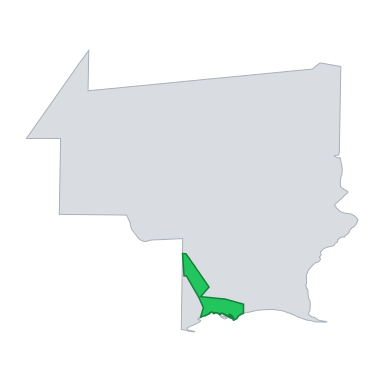 Chami, Inchiri, Mauritania shown in context, rotated 271°
{"feature_id": "47542326B60250303477597", "entity_name": "Chami", "entity_type": "district", "adm_level": 2, "iso_a3": "MRT", "parent_name": "Mauritania", "parent_adm1": "Inchiri", "projection": "robinson", "projection_center": [-16.149, 20.164], "detail": "fine", "context": "in_parent", "style": "filled", "palette": "green", "viewbox_px": 384, "rotation_deg": 271, "n_neighbors": 0, "source": "geoboundaries", "source_scale": "gbopen_adm2", "svg_char_len": 5573}
<svg xmlns="http://www.w3.org/2000/svg" viewBox="0 0 384 384"><g transform="rotate(271 192 192)"><path d="M163.1,356.9L162.6,356.6L160.1,354.7L158.9,352.5L157.0,350.7L154.3,349.6L152.5,348.3L151.7,346.8L150.7,345.8L149.6,345.3L149.5,344.8L149.8,344.1L149.5,342.7L147.9,339.7L146.5,338.4L145.2,338.6L144.5,338.2L144.0,337.6L143.9,336.6L143.0,335.8L141.5,335.4L140.3,333.2L139.4,329.1L138.2,325.9L136.8,323.6L135.7,322.8L135.0,322.6L134.7,322.3L134.5,321.6L133.4,321.4L131.8,322.1L130.4,321.9L129.7,320.7L128.7,320.6L127.5,321.6L126.1,321.3L124.6,319.8L123.8,318.4L123.6,317.0L121.1,314.1L116.1,309.8L110.7,307.8L104.8,308.1L101.5,307.9L100.8,307.2L100.1,307.2L99.3,308.0L98.6,308.2L97.8,307.8L97.2,308.1L97.0,309.2L95.0,309.7L91.1,309.8L87.9,310.4L85.5,311.8L82.1,312.3L77.6,312.1L75.0,311.7L74.1,310.9L72.8,310.7L71.2,311.1L69.7,313.2L68.4,317.1L67.3,319.2L66.5,319.8L65.6,322.6L65.0,327.4L64.3,329.5L64.3,317.6L65.5,313.2L65.9,309.2L68.7,300.6L71.9,293.5L74.9,284.2L76.0,275.1L75.6,266.2L74.7,258.3L73.2,253.0L71.8,245.4L69.6,241.5L65.7,238.0L64.8,235.9L65.7,235.2L68.1,234.6L69.6,231.9L66.4,233.0L70.1,224.6L71.3,219.0L71.1,215.2L71.8,212.9L69.0,207.9L66.8,201.6L65.6,200.7L64.5,200.1L64.4,201.6L63.7,202.9L62.3,202.1L59.9,197.6L56.5,190.1L55.3,189.4L54.3,190.4L53.7,191.4L52.5,197.6L52.2,195.1L52.7,192.2L53.5,188.6L54.5,183.7L57.4,183.7L62.7,183.7L73.2,183.6L78.5,183.6L89.1,183.6L94.3,183.6L104.9,183.6L110.1,183.6L120.7,183.6L126.0,183.6L136.5,183.6L141.8,183.5L145.3,183.5L145.0,180.0L144.9,177.2L144.6,173.5L144.4,169.7L144.1,166.0L143.9,162.5L143.7,158.9L143.5,155.7L143.3,152.7L143.0,151.0L141.9,147.5L141.6,145.8L141.9,144.1L142.6,142.4L144.7,139.3L147.8,136.9L151.3,134.2L154.1,132.1L155.5,131.6L159.7,130.8L163.1,129.3L166.3,127.7L167.7,126.9L167.8,124.0L167.3,59.7L183.5,59.7L187.7,59.7L217.4,59.7L221.6,59.7L243.2,59.7L243.2,56.7L243.1,52.4L243.0,46.4L242.9,40.4L242.7,29.9L242.6,25.5L246.9,28.4L255.6,34.3L259.9,37.2L268.6,43.1L277.3,49.0L285.9,54.8L290.3,57.8L294.6,60.7L299.0,63.6L303.3,66.6L312.0,72.5L315.7,74.9L321.3,78.9L326.5,82.6L331.8,86.3L323.8,86.3L313.1,86.3L305.9,86.3L298.4,86.3L291.4,86.3L292.1,92.4L292.8,99.0L293.6,105.6L294.3,112.2L295.1,118.8L297.4,138.6L298.1,145.2L298.9,151.8L299.6,158.4L300.4,165.0L301.9,178.2L302.7,184.8L303.4,191.4L304.2,198.0L305.0,204.6L305.7,211.3L307.2,224.5L308.0,231.1L308.7,237.7L309.5,244.3L310.2,250.9L311.0,257.5L311.7,264.1L312.5,270.7L314.0,283.9L314.8,290.5L315.5,297.1L316.3,303.7L317.0,310.1L319.8,313.5L323.3,317.7L322.4,323.7L321.3,330.8L320.1,338.6L310.5,338.6L301.0,338.6L277.3,338.6L272.6,338.6L248.9,338.6L244.2,338.6L235.1,338.6L232.3,338.4L231.4,337.8L231.0,333.8L230.2,334.0L229.2,335.2L228.8,336.5L228.9,338.2L228.8,339.6L225.8,340.2L221.7,341.1L217.3,341.9L213.0,341.6L211.5,341.3L209.9,340.7L206.4,340.1L204.5,340.1L202.4,340.2L199.8,340.6L199.0,341.3L197.1,344.3L195.2,347.8L194.0,347.8L192.6,345.9L188.8,342.3L184.3,337.5L182.2,335.2L181.1,334.9L178.9,336.6L177.1,338.2L175.1,340.5L174.2,342.7L173.5,345.3L173.3,348.3L172.6,351.9L171.0,354.8L169.1,357.0L167.7,358.0L167.2,358.5L163.1,356.9ZM68.1,226.8L66.6,229.4L65.9,228.4L65.7,226.7L67.0,224.2L67.6,223.0L68.7,222.5L68.1,226.8Z" fill="#d9dde1" stroke="#a8b0b8" stroke-width="1"/><path d="M119.3,195.1L119.8,194.5L125.0,190.8L125.6,190.5L127.1,189.2L130.1,187.1L130.1,186.6L130.2,185.9L130.3,183.6L108.0,185.5L108.0,187.9L87.1,200.4L86.0,201.0L76.6,205.4L66.7,202.7L66.9,203.3L67.2,203.6L67.4,203.9L67.8,204.4L68.0,204.8L68.1,205.1L68.2,205.6L68.3,206.2L68.4,206.5L68.4,206.8L68.7,207.4L68.9,207.6L68.9,207.9L68.7,208.0L69.1,208.7L69.3,208.9L69.5,209.2L69.6,209.6L69.8,210.0L69.9,210.3L70.2,210.4L70.8,211.8L71.0,211.6L71.4,211.6L71.6,211.9L71.9,212.5L72.4,213.3L72.3,214.3L71.8,214.7L71.7,215.1L71.7,215.5L71.4,215.8L71.1,216.0L70.8,215.9L70.8,216.2L71.1,216.2L71.2,216.7L71.4,216.9L71.6,217.0L71.5,217.3L71.5,217.7L71.8,217.8L71.8,218.0L71.7,218.2L71.6,218.5L71.6,219.0L71.7,219.3L71.6,219.5L71.2,220.1L69.7,221.7L69.7,222.0L69.9,222.3L70.2,222.3L70.6,222.1L70.8,222.0L71.0,222.2L71.1,222.5L70.9,222.7L70.9,222.9L71.0,223.2L71.1,222.8L71.3,223.1L71.2,223.3L71.2,224.0L71.4,224.4L71.3,224.7L71.2,224.9L71.0,225.3L70.7,225.5L70.5,225.8L70.4,226.1L70.6,226.3L70.4,226.8L70.2,227.3L69.9,227.7L69.9,227.2L69.7,227.3L69.5,227.6L69.2,227.9L69.1,228.1L69.0,228.3L69.0,228.6L68.9,228.9L68.8,229.1L68.5,229.3L68.4,229.5L68.3,229.9L68.3,230.0L67.7,230.9L67.6,231.1L67.5,231.3L67.4,231.5L67.2,231.7L67.2,232.1L66.9,232.7L66.7,233.3L66.3,233.9L66.2,234.6L66.6,234.7L66.7,234.9L66.9,234.7L67.0,233.8L67.0,232.9L67.3,232.7L67.8,232.4L68.0,232.1L68.2,231.9L68.3,231.8L68.5,231.6L68.8,231.4L68.7,231.7L68.6,232.0L68.3,232.6L68.0,233.0L67.9,233.2L67.9,233.4L67.9,233.6L68.2,233.2L68.5,232.8L68.6,232.6L68.8,232.2L69.1,232.0L69.2,231.8L69.4,231.6L69.6,231.4L69.8,231.4L70.0,231.2L70.3,231.3L70.4,231.5L70.3,231.8L70.1,232.0L70.0,232.3L69.8,232.6L69.7,232.9L69.6,233.2L69.3,233.5L69.2,233.8L69.0,234.0L68.7,234.3L68.4,234.6L68.2,234.8L67.8,235.1L67.6,235.2L67.5,235.3L67.3,235.4L67.1,235.6L66.7,235.8L66.2,235.8L65.9,235.5L65.7,235.5L65.4,235.3L64.7,235.5L64.7,235.9L64.7,236.5L65.3,236.6L65.3,236.9L65.5,237.3L65.7,237.9L65.8,238.1L66.0,238.6L66.0,238.9L66.7,239.3L66.9,239.4L67.4,239.7L67.7,239.9L67.8,240.0L68.2,240.1L68.4,240.3L68.7,240.5L68.9,240.8L69.2,241.0L69.5,241.6L69.6,241.8L69.7,242.0L69.9,242.3L70.2,242.6L70.4,243.0L70.7,243.4L70.9,243.7L71.0,244.1L71.5,245.3L71.6,245.6L80.7,245.5L85.6,226.7L86.1,219.3L86.7,212.8L87.5,202.5L97.2,210.7L113.1,199.4L115.0,197.9L119.3,195.1Z" fill="#22c55e" stroke="#15803d" stroke-width="1.5"/></g></svg>